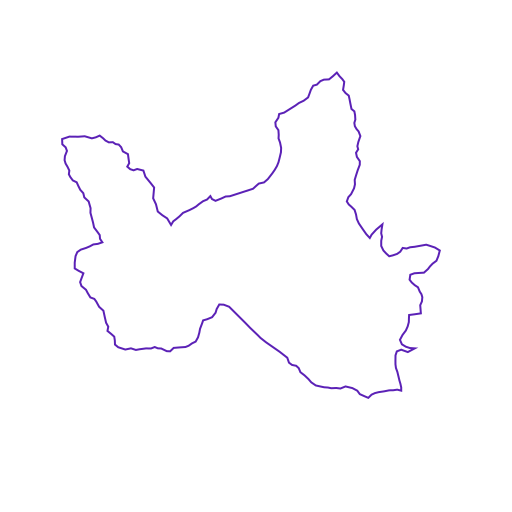 outline of Garça, São Paulo, Brazil, rotated 70°
{"feature_id": "56859067B4895649767626", "entity_name": "Garça", "entity_type": "district", "adm_level": 2, "iso_a3": "BRA", "parent_name": "Brazil", "parent_adm1": "São Paulo", "projection": "orthographic", "projection_center": [-49.7, -22.232], "detail": "fine", "context": "isolated", "style": "outline", "palette": "violet", "viewbox_px": 512, "rotation_deg": 70, "n_neighbors": 0, "source": "geoboundaries", "source_scale": "gbopen_adm2", "svg_char_len": 3920}
<svg xmlns="http://www.w3.org/2000/svg" viewBox="0 0 512 512"><g transform="rotate(70 256 256)"><path d="M111.3,117.3L113.3,122.1L115.0,127.0L113.5,131.9L113.7,135.7L115.8,140.2L115.5,144.0L118.6,147.6L121.5,150.0L124.8,152.8L126.4,158.1L126.9,163.3L128.1,167.5L129.3,173.1L130.9,180.5L130.5,185.7L133.8,187.7L137.0,192.1L141.0,193.1L145.4,191.9L149.9,193.2L153.2,194.6L157.6,194.6L163.0,195.4L167.1,197.1L171.8,200.2L175.6,202.8L178.7,205.6L181.5,209.0L183.9,212.4L187.8,218.6L189.6,223.3L188.9,228.6L190.1,231.7L191.8,235.8L190.9,260.1L189.7,264.2L190.1,268.8L190.3,275.2L187.4,277.9L184.1,278.4L186.2,282.7L186.4,287.0L187.8,292.0L189.0,295.3L189.6,298.6L190.1,302.9L190.5,309.8L192.6,314.4L194.1,318.6L195.1,321.9L197.8,325.2L190.3,326.6L185.6,330.1L180.6,333.1L173.2,332.3L166.6,332.9L161.5,330.5L156.8,328.3L151.6,330.0L143.6,332.8L137.2,332.6L133.6,337.9L133.6,341.7L131.4,344.5L128.0,346.4L125.4,343.4L121.5,342.6L116.5,341.5L112.2,345.3L107.6,345.5L104.3,346.9L102.8,349.7L100.1,351.6L98.9,355.4L96.0,358.0L93.1,359.4L89.4,361.7L89.7,365.9L89.3,370.0L84.9,376.0L83.2,382.0L81.6,386.3L80.0,390.5L79.8,398.2L84.8,399.8L88.8,397.7L92.6,397.7L96.8,401.4L100.5,403.1L104.0,403.3L107.8,402.6L111.9,402.2L115.2,403.9L118.2,403.5L122.3,402.3L125.4,399.3L129.4,399.0L133.7,398.5L137.9,396.8L142.2,397.3L147.5,394.6L154.5,395.1L158.8,396.8L163.4,397.2L168.9,397.7L173.8,398.4L179.0,396.8L182.9,395.7L186.5,396.7L190.6,395.7L190.5,400.5L189.5,404.9L190.1,408.9L190.3,412.9L190.1,418.5L191.2,422.6L194.4,425.6L200.2,428.6L205.7,430.6L209.3,427.7L213.2,424.1L217.4,427.7L220.4,430.2L224.5,430.3L229.6,427.3L233.3,426.8L238.3,425.8L241.0,422.6L244.2,421.7L250.1,420.8L255.2,418.1L261.7,419.0L267.5,419.7L271.9,419.0L275.6,421.2L279.6,418.8L283.3,416.8L286.9,417.5L291.0,418.8L294.6,416.7L299.2,410.8L300.0,405.1L303.2,401.0L303.8,397.4L305.2,391.0L307.0,386.3L306.9,382.3L309.2,379.8L310.5,376.7L314.9,372.4L316.2,369.3L314.2,364.8L315.9,358.6L317.4,353.4L317.3,350.0L316.2,345.9L315.8,342.0L312.6,338.3L308.7,335.5L305.3,333.5L300.9,329.7L298.4,327.7L298.7,323.7L298.5,318.2L295.5,313.4L292.4,311.1L289.0,307.1L290.7,303.0L294.5,298.6L315.0,289.0L321.5,286.1L331.0,281.4L334.5,279.8L340.5,276.1L354.0,266.6L362.3,261.4L367.5,261.5L370.7,259.4L372.9,255.8L376.0,254.2L380.4,254.0L384.8,251.2L389.6,248.8L393.6,247.3L398.1,244.1L400.9,239.7L402.7,236.8L404.2,233.4L406.0,230.5L407.5,225.7L409.4,222.0L409.2,216.5L413.1,210.6L417.2,206.9L421.3,205.7L424.8,202.1L427.7,199.0L425.8,194.8L425.5,191.1L425.9,187.3L427.0,181.9L427.8,176.7L429.1,172.9L429.9,169.0L432.2,165.6L429.2,164.5L425.4,164.0L422.0,163.8L418.6,163.4L413.3,162.8L409.1,162.8L405.5,162.0L402.1,160.8L397.1,158.9L393.8,156.3L393.7,151.6L398.2,146.2L397.1,138.4L395.1,142.9L392.5,146.2L388.9,149.1L384.0,149.4L380.3,145.3L377.3,140.7L374.1,137.6L370.4,135.0L366.6,133.5L363.8,132.3L365.0,127.0L366.3,120.7L358.4,118.5L355.4,115.6L351.6,113.8L348.5,113.6L345.5,114.3L340.8,114.5L337.7,116.8L334.2,118.7L330.8,119.8L326.4,117.4L326.4,113.1L327.8,108.2L329.1,103.9L327.1,98.9L325.3,96.1L323.6,92.7L322.2,88.1L318.6,84.8L313.7,81.4L309.2,85.0L305.8,89.3L303.6,92.2L302.8,96.9L301.6,103.8L300.5,108.2L300.5,111.9L298.6,115.4L301.3,119.0L302.3,122.7L302.2,127.3L301.8,130.9L298.2,132.8L294.4,134.4L289.4,134.9L284.5,133.1L281.1,131.0L277.5,130.6L274.0,128.9L269.5,126.4L272.3,134.0L275.5,140.1L278.0,142.9L273.2,144.9L267.3,146.5L260.6,148.2L255.8,148.6L251.2,147.8L246.4,147.6L242.2,149.6L239.3,151.2L235.8,152.0L232.3,149.1L230.4,145.5L225.9,140.7L222.5,138.5L218.2,137.2L214.2,134.2L210.2,131.1L205.8,127.3L202.4,126.0L197.4,127.3L193.2,126.7L190.7,123.5L187.5,123.2L183.8,120.8L179.0,116.9L174.0,117.0L171.1,118.1L167.9,118.7L164.6,118.1L161.8,116.0L157.4,114.7L153.7,114.1L150.5,116.0L144.5,115.1L140.8,114.5L137.0,114.0L133.6,116.1L129.7,117.4L125.6,115.1L122.5,113.5L119.3,114.4L115.7,116.0L111.3,117.3Z" fill="none" stroke="#5b21b6" stroke-width="2"/></g></svg>